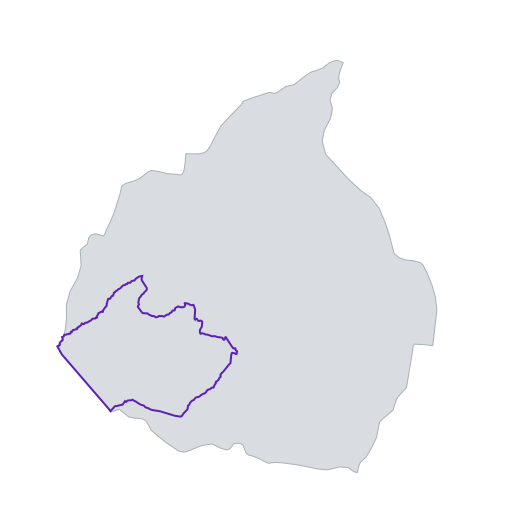 Masvingo highlighted on a map of Zimbabwe, rotated 97°
{"feature_id": "ZWE-532", "entity_name": "Masvingo", "entity_type": "Province", "adm_level": 1, "iso_a3": "ZWE", "parent_name": "Zimbabwe", "parent_adm1": "", "projection": "albers", "projection_center": [30.801, -20.777], "detail": "fine", "context": "in_parent", "style": "outline", "palette": "violet", "viewbox_px": 512, "rotation_deg": 97, "n_neighbors": 0, "source": "natural_earth", "source_scale": "10m", "svg_char_len": 8153}
<svg xmlns="http://www.w3.org/2000/svg" viewBox="0 0 512 512"><g transform="rotate(97 256 256)"><path d="M369.8,442.3L365.2,439.2L358.9,437.1L350.9,436.2L340.4,436.6L327.6,438.3L313.8,436.2L299.1,430.4L286.8,428.4L272.2,431.1L271.6,431.1L269.1,429.2L265.0,424.9L258.3,424.2L256.5,423.2L255.0,421.6L254.0,419.6L253.6,417.3L254.6,410.2L254.0,409.4L252.2,408.6L248.6,407.8L239.7,404.7L228.6,401.7L210.6,398.5L203.6,397.8L202.0,396.8L199.9,394.2L196.3,386.1L193.0,380.8L185.1,372.6L183.8,370.0L184.0,363.4L184.5,358.1L185.2,353.6L184.8,349.3L184.6,344.1L184.8,340.6L183.7,339.1L180.8,338.0L172.8,337.7L163.1,338.1L162.6,332.8L161.5,324.6L159.6,319.8L157.3,317.4L152.8,314.9L143.6,311.6L131.1,306.6L120.3,298.9L107.9,289.3L104.1,287.7L99.3,278.6L92.0,262.9L92.3,257.6L91.2,255.0L84.3,247.4L82.7,243.4L81.4,239.3L70.4,228.2L66.6,223.4L63.7,217.0L60.8,212.0L58.4,210.0L55.2,206.6L53.0,202.7L51.9,199.8L52.6,195.8L53.5,193.0L63.7,195.5L69.3,195.6L73.6,194.1L79.0,195.8L85.6,200.7L92.5,201.5L100.0,198.1L110.2,198.8L123.2,203.6L133.8,204.3L146.4,199.4L157.4,186.5L167.8,174.4L178.0,160.4L184.1,149.1L193.2,139.9L205.3,132.8L217.8,126.7L236.8,119.2L240.5,113.2L241.7,106.7L241.6,97.7L242.6,91.9L244.5,89.2L247.7,87.1L251.8,84.3L264.4,77.3L275.0,72.9L287.8,69.9L302.0,69.8L315.6,69.7L323.4,69.7L323.5,78.3L324.2,88.1L325.7,89.0L335.9,89.2L352.3,89.9L368.2,90.6L378.2,97.7L381.6,99.2L392.1,101.2L405.4,113.1L421.5,114.3L432.6,118.1L442.3,122.2L447.8,127.2L451.4,128.3L456.3,128.7L458.7,129.2L458.1,132.7L454.8,138.6L455.1,147.1L459.5,158.9L459.9,169.2L458.3,187.2L458.1,204.7L458.5,211.0L459.2,215.1L460.1,217.4L459.9,220.0L457.1,227.3L454.9,235.0L454.8,238.1L453.9,240.3L452.3,242.2L445.4,245.7L444.2,247.9L444.1,251.9L445.0,255.3L447.5,256.5L450.7,258.5L451.9,261.0L451.8,263.6L450.8,268.5L447.9,276.6L450.5,286.0L453.6,292.1L457.7,299.2L459.5,303.6L459.3,306.7L458.7,309.7L452.1,322.4L447.4,330.3L441.7,338.8L434.2,344.1L432.3,346.6L431.5,349.5L431.7,355.9L431.3,362.6L424.9,372.9L428.7,381.7L427.8,382.6L425.7,383.8L416.5,393.7L407.3,403.7L400.6,411.0L392.9,419.3L384.4,428.7L377.1,436.7L369.8,442.3Z" fill="#d9dde1" stroke="#a8b0b8" stroke-width="1"/><path d="M366.5,440.3L366.1,440.1L365.3,439.6L364.9,439.5L364.5,439.2L363.5,437.9L362.9,437.6L362.2,437.7L360.5,438.5L360.1,438.6L359.4,437.2L359.2,437.0L358.3,436.9L357.9,436.8L357.6,436.6L357.5,436.2L357.4,435.5L357.3,435.1L356.7,434.3L356.6,433.9L356.6,433.2L356.0,432.2L355.8,431.0L355.6,430.8L355.2,430.6L354.9,430.6L354.0,430.6L353.8,430.5L353.8,429.8L353.8,429.5L353.5,429.3L353.0,429.1L352.2,429.0L352.0,428.8L351.7,428.5L351.5,428.0L351.3,427.0L351.2,426.7L350.6,425.9L350.5,425.6L350.5,425.0L350.3,424.7L350.1,424.5L349.6,424.5L349.0,424.6L348.7,424.5L348.5,424.3L348.2,423.6L348.0,423.2L347.4,422.8L347.1,422.4L346.8,422.0L346.4,421.6L345.7,421.1L345.3,420.9L344.8,420.8L344.3,420.8L344.1,420.6L344.2,420.4L344.5,419.9L344.5,419.4L344.5,419.1L344.6,418.8L344.6,418.5L344.4,418.3L343.5,417.8L343.2,417.5L342.8,416.8L342.8,416.5L342.8,415.9L342.8,415.6L340.4,412.7L340.3,412.3L340.1,412.0L339.8,411.7L338.5,410.9L338.3,410.7L337.8,409.1L337.7,408.5L337.7,408.2L337.5,407.9L336.8,407.6L336.6,407.4L336.7,406.7L336.6,406.4L336.1,406.2L335.6,406.4L335.3,406.5L335.0,406.5L333.8,406.0L333.2,405.7L332.9,405.6L332.4,405.6L332.1,405.5L331.7,404.7L331.4,404.4L330.4,403.2L330.0,402.6L329.9,402.4L330.0,402.2L330.3,401.7L330.2,401.3L329.8,401.1L328.7,401.1L327.2,400.5L326.7,400.1L325.6,399.6L324.4,398.7L323.2,398.1L322.8,398.1L322.1,398.4L321.8,398.4L321.2,398.2L317.1,397.7L316.7,397.6L316.5,397.4L316.4,397.2L316.4,396.1L316.4,395.9L316.2,395.6L315.9,395.5L315.5,395.4L315.1,395.2L314.1,394.6L313.4,394.3L313.2,394.1L312.9,393.4L312.8,393.0L312.3,392.9L311.3,392.8L310.6,392.6L310.4,392.6L310.0,392.6L309.8,392.6L309.6,392.4L309.4,392.0L309.1,391.7L308.8,391.4L308.4,391.3L308.2,391.0L307.9,390.7L307.4,390.0L306.5,389.1L305.9,388.8L305.7,388.5L304.8,387.0L304.0,386.3L303.4,385.9L302.6,385.2L301.8,384.8L301.3,384.0L300.5,382.1L300.3,381.9L299.7,381.6L299.6,381.4L299.5,380.7L299.4,380.5L299.2,380.3L298.8,380.1L298.3,380.0L298.2,379.9L298.1,379.5L298.0,378.0L297.9,377.6L297.7,377.3L297.2,377.0L296.9,376.9L296.5,376.8L296.2,376.5L295.9,376.0L295.4,374.9L295.3,374.4L295.3,374.1L295.3,373.9L295.1,373.6L293.3,372.6L290.9,369.9L290.5,369.1L289.7,366.5L292.3,366.8L293.3,366.7L294.4,366.1L300.5,361.0L301.1,360.6L301.6,360.4L302.2,360.3L302.8,360.4L303.1,360.5L303.5,360.7L303.8,361.0L304.9,361.8L305.2,362.1L305.6,362.4L306.9,363.0L307.2,363.2L308.0,364.3L308.5,364.7L309.1,365.1L310.3,365.4L310.6,365.6L311.4,366.4L311.9,366.7L313.7,367.0L314.6,367.0L316.0,367.2L316.4,367.2L316.6,367.1L316.8,367.0L317.4,366.7L318.0,366.3L318.1,366.2L318.4,366.2L319.4,366.8L320.1,367.0L320.4,367.1L320.9,367.0L326.0,362.3L326.4,361.7L326.5,360.8L326.2,356.8L326.3,356.4L326.5,356.2L327.0,355.5L327.2,355.1L327.4,354.8L327.6,353.5L328.2,352.4L328.3,351.8L328.0,350.6L328.0,350.3L328.2,349.6L328.9,348.4L329.0,348.2L329.0,347.8L328.8,347.3L328.6,346.3L327.6,345.4L327.4,345.1L327.3,344.5L327.2,344.2L327.3,343.2L327.3,342.9L327.0,342.0L327.0,341.6L327.1,341.2L327.3,340.5L327.4,340.1L327.3,339.8L325.1,337.4L325.0,336.8L324.9,336.1L324.8,335.8L324.7,335.6L324.5,335.4L323.1,334.5L322.8,334.0L322.4,333.2L322.2,333.0L322.0,332.9L321.1,332.7L320.6,332.4L320.3,332.0L320.1,331.4L320.1,330.5L320.0,330.3L319.8,330.2L319.5,330.1L318.5,330.0L317.9,329.9L317.4,329.6L316.9,329.1L316.1,327.8L315.9,327.6L315.7,327.5L315.6,327.2L315.6,326.6L316.0,325.3L316.0,324.2L315.9,323.1L315.7,322.2L315.5,321.5L315.2,321.1L314.5,320.7L313.7,320.4L312.8,320.3L311.9,320.9L311.6,321.1L311.4,321.0L311.4,319.4L311.7,317.1L312.3,315.9L312.7,314.0L312.6,313.2L312.4,312.8L312.1,312.4L312.3,312.1L312.7,311.8L316.6,309.9L316.9,309.8L325.3,309.4L325.9,309.3L326.2,309.0L325.7,309.0L325.6,308.9L325.6,308.6L325.8,308.1L325.6,307.7L325.7,306.9L325.9,306.7L327.1,305.8L327.5,305.2L327.5,304.9L327.3,304.3L327.2,303.8L327.0,303.5L326.8,303.0L326.9,302.7L327.5,301.6L327.9,301.3L332.4,301.2L332.9,301.2L333.3,301.3L334.7,302.1L336.2,302.5L336.9,302.6L337.5,302.6L339.1,302.2L339.8,301.8L339.9,301.6L339.9,301.3L339.5,301.0L339.4,300.9L339.3,300.0L339.3,299.3L339.4,298.3L340.0,296.6L340.1,296.2L340.0,294.9L340.0,294.4L341.0,290.0L341.0,289.4L340.9,288.9L340.7,288.1L340.6,287.2L341.1,284.3L341.2,279.7L341.3,279.3L341.6,279.0L342.2,278.8L342.9,278.3L343.1,277.9L343.1,277.5L342.8,277.2L342.4,277.0L340.8,276.6L340.5,276.5L340.2,276.3L340.3,276.0L340.8,275.6L348.0,269.6L350.3,267.5L350.4,266.3L350.2,265.8L350.1,265.4L350.2,265.2L351.3,265.0L351.7,264.8L352.1,264.4L352.6,263.5L353.0,263.2L353.5,263.2L355.3,263.3L355.7,263.4L355.7,264.1L355.6,264.5L355.4,264.8L355.4,265.1L355.2,265.6L355.0,266.2L355.0,266.9L355.0,267.6L355.1,267.9L355.3,268.2L357.5,268.5L365.7,268.3L366.4,269.2L374.8,274.4L376.7,276.0L377.4,276.4L378.0,276.8L378.3,276.8L378.6,276.7L379.1,276.4L379.5,276.4L380.0,276.4L380.3,276.5L380.5,276.6L381.1,277.2L381.3,277.4L381.6,277.5L382.6,277.7L383.2,278.0L384.9,279.3L385.7,280.4L386.1,280.6L386.4,280.7L387.2,280.4L387.6,280.5L388.3,281.0L389.4,281.5L390.0,281.7L391.2,281.9L391.6,282.0L391.8,282.2L391.8,283.0L391.9,283.4L392.2,283.9L393.8,285.5L394.0,285.7L394.3,287.0L394.5,287.3L395.0,287.8L395.3,288.1L397.7,289.4L398.3,289.9L398.7,290.2L399.2,291.6L399.5,292.1L400.6,293.5L402.3,295.0L402.9,295.9L403.5,297.9L403.7,298.2L404.1,298.8L404.7,299.2L406.0,299.9L406.4,300.1L406.6,300.4L407.0,301.2L407.4,301.7L408.2,302.5L409.3,303.3L410.0,303.7L411.6,304.0L411.9,304.3L412.7,305.1L413.0,305.3L413.3,305.4L414.5,305.2L415.6,305.2L416.4,305.4L417.1,305.7L420.5,308.4L423.2,309.8L424.2,310.4L424.3,310.9L424.6,311.4L424.5,316.9L421.8,332.4L421.5,340.2L421.0,342.8L420.3,343.9L419.7,347.2L418.6,348.5L418.1,349.4L417.9,350.4L417.8,351.5L416.8,354.3L415.0,357.8L414.7,359.0L414.5,359.5L413.7,360.8L413.8,361.3L414.2,361.9L414.4,362.4L414.9,365.0L415.0,365.5L415.3,366.0L416.5,366.9L416.6,367.5L416.0,368.3L419.6,370.2L419.9,370.4L420.2,371.7L422.0,376.2L421.9,377.1L422.8,378.1L427.6,381.4L377.3,436.8L369.9,442.1L368.7,440.3L368.2,439.9L367.7,439.9L366.9,440.2L366.5,440.3Z" fill="none" stroke="#5b21b6" stroke-width="2"/></g></svg>